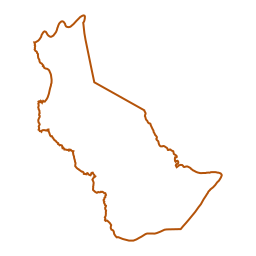 Cachoeira do Arari, Pará, Brazil
{"feature_id": "56859067B80263918367738", "entity_name": "Cachoeira do Arari", "entity_type": "district", "adm_level": 2, "iso_a3": "BRA", "parent_name": "Brazil", "parent_adm1": "Pará", "projection": "natural_earth1", "projection_center": [-48.919, -0.814], "detail": "fine", "context": "isolated", "style": "outline", "palette": "amber", "viewbox_px": 256, "rotation_deg": 0, "n_neighbors": 0, "source": "geoboundaries", "source_scale": "gbopen_adm2", "svg_char_len": 5335}
<svg xmlns="http://www.w3.org/2000/svg" viewBox="0 0 256 256"><path d="M214.3,186.0L215.1,185.2L216.6,183.1L217.2,182.3L219.0,180.6L220.0,179.0L221.0,177.3L221.3,176.4L221.7,175.6L221.6,174.6L220.6,173.4L218.6,172.7L217.9,172.7L215.9,172.2L214.7,172.1L213.8,172.1L212.9,172.1L210.8,172.2L209.7,172.7L208.6,172.6L206.7,172.7L205.7,173.0L204.7,173.0L203.9,173.0L203.0,173.0L201.5,173.1L200.7,173.1L199.7,173.0L199.0,172.8L198.0,172.6L196.3,172.0L194.8,171.2L193.9,170.7L193.1,170.4L192.2,169.6L191.3,169.1L190.7,168.3L189.9,167.7L188.2,166.8L187.1,166.4L186.2,166.5L185.3,166.7L184.4,167.0L183.6,166.8L183.0,165.8L182.1,165.0L180.3,164.9L178.6,165.6L177.9,166.3L176.7,167.2L175.8,165.5L176.1,164.6L176.8,163.9L177.6,163.8L178.2,163.1L178.3,162.2L178.0,161.3L177.5,160.8L176.4,161.0L175.7,161.8L175.1,161.1L174.9,159.9L174.9,158.5L175.1,157.4L176.1,157.4L176.8,156.9L176.6,156.0L175.8,155.2L174.7,154.5L173.9,154.0L173.6,153.0L173.5,152.1L173.2,151.2L172.1,150.8L171.1,150.2L170.4,149.5L169.6,149.5L168.8,150.0L167.8,149.9L167.4,148.6L166.8,147.8L165.9,147.3L165.1,146.7L164.0,146.1L163.2,146.0L162.1,146.4L160.6,146.3L159.8,145.7L159.2,144.7L158.7,143.4L158.5,142.1L158.2,141.2L156.7,139.8L156.3,138.9L156.8,138.1L156.9,137.1L155.8,135.5L155.0,134.8L154.6,133.5L154.1,132.8L153.6,131.9L153.5,130.8L153.2,130.1L152.7,129.4L152.4,128.6L151.9,127.7L151.4,126.5L151.0,125.8L150.7,125.0L150.6,124.2L149.7,123.3L149.0,123.3L148.3,122.8L147.8,122.1L147.5,121.3L147.1,120.6L146.4,120.0L145.9,119.2L145.3,116.9L144.9,116.1L145.1,114.9L145.6,113.8L145.4,112.7L145.0,112.0L144.5,111.1L144.3,110.3L96.3,83.4L94.3,82.3L91.3,68.0L85.5,39.7L84.4,33.3L83.4,24.1L83.2,22.8L84.0,21.6L84.4,20.4L84.8,18.5L84.9,16.5L84.5,15.7L83.7,15.4L82.8,15.6L81.9,16.0L80.0,17.2L79.2,18.1L76.6,20.7L73.5,24.1L71.6,25.7L70.7,26.5L69.9,26.9L68.9,27.1L68.1,27.1L67.0,26.9L66.1,26.4L65.6,25.6L65.2,24.7L65.1,23.9L64.6,23.2L64.0,22.3L63.2,21.6L62.3,21.3L61.3,21.5L59.9,22.7L59.1,23.7L58.2,25.7L57.9,26.8L57.4,27.9L56.8,30.2L56.0,32.1L54.6,34.0L53.9,34.8L53.5,35.5L51.4,36.7L50.7,36.8L49.7,36.5L48.4,35.6L47.5,34.6L46.5,32.8L45.8,31.8L44.5,31.4L43.8,31.8L43.2,32.4L41.6,35.0L41.1,36.9L39.5,39.3L38.2,40.7L35.3,42.4L34.3,42.4L35.0,44.3L34.7,45.2L35.2,46.0L35.0,47.0L34.8,47.8L35.0,48.7L34.6,49.5L35.2,50.5L35.7,51.1L36.4,51.4L36.9,52.0L37.1,53.1L37.8,53.7L38.0,54.6L37.9,55.4L38.1,56.7L38.2,57.8L38.8,58.9L39.3,59.7L39.4,60.8L39.6,61.6L40.1,62.6L41.0,63.2L41.8,63.6L42.5,64.6L43.3,65.4L42.9,66.2L43.9,66.9L44.2,67.8L44.9,68.2L45.9,68.6L47.1,68.8L48.1,69.4L49.1,70.3L49.7,71.7L50.1,72.6L50.7,74.0L51.0,75.1L51.1,76.0L51.6,79.6L51.6,80.7L51.5,83.0L51.0,84.4L50.9,85.7L50.5,86.9L50.2,87.9L49.8,89.5L49.4,91.3L48.9,93.7L47.6,97.5L46.4,99.6L45.5,100.6L44.8,101.6L43.9,101.6L43.1,100.9L42.6,101.7L42.2,102.5L41.8,101.6L41.0,101.0L40.8,102.2L40.0,101.9L39.2,101.2L38.5,101.6L39.0,102.6L38.3,103.5L38.7,105.2L38.6,106.2L38.2,107.3L38.6,108.5L38.7,109.5L39.2,110.2L39.5,111.0L39.4,112.0L39.7,113.1L39.2,113.9L39.1,115.1L39.7,115.8L39.7,116.9L39.1,117.9L38.3,120.0L38.3,120.8L38.6,122.6L39.2,123.2L39.7,124.4L39.3,125.3L38.7,126.3L39.2,128.1L38.9,128.9L38.6,129.7L39.3,130.1L39.8,131.1L40.8,131.2L41.4,131.7L41.7,130.8L42.4,130.3L43.3,130.1L45.0,130.2L45.8,130.5L46.7,130.5L47.4,129.7L48.5,129.5L48.6,130.3L48.4,131.3L49.0,132.0L50.2,135.6L51.0,136.3L51.8,136.1L52.3,136.8L52.6,137.7L53.3,138.2L53.7,139.1L54.6,140.3L55.3,140.5L55.9,141.1L56.6,142.1L57.4,142.7L58.1,143.1L58.1,144.1L58.9,144.4L59.6,145.3L60.3,145.0L61.8,145.4L62.2,146.1L62.2,147.0L63.0,147.4L62.7,148.3L64.2,148.6L64.4,149.5L65.2,149.5L66.3,149.7L67.1,150.0L67.8,149.9L68.8,149.6L68.9,150.6L69.7,150.5L70.7,149.8L71.3,150.4L71.8,150.9L73.4,151.2L72.9,152.7L73.2,153.5L73.3,154.7L74.0,156.5L74.1,157.8L74.4,159.0L74.7,159.7L74.9,160.8L75.1,162.0L75.5,162.9L75.5,163.7L75.3,164.8L75.2,166.1L76.3,167.5L76.9,168.1L77.8,168.9L78.6,169.2L79.3,170.0L80.1,170.4L80.7,170.9L81.8,171.7L82.6,171.7L83.3,172.2L83.7,172.8L83.8,173.9L84.6,174.0L85.4,174.0L86.1,174.3L86.6,173.5L87.3,173.1L88.0,173.5L88.3,174.4L89.1,174.7L89.8,175.1L90.5,175.3L91.0,174.4L91.3,173.2L92.1,172.7L92.8,172.7L93.2,173.7L93.7,174.4L94.3,175.0L94.5,175.8L95.3,176.3L94.7,177.0L93.7,177.3L93.3,178.4L92.8,178.9L92.4,179.7L92.9,180.6L93.6,182.4L93.6,183.7L93.4,184.8L93.4,185.6L93.1,186.4L93.2,187.6L93.0,189.2L93.1,190.0L95.3,192.0L96.9,192.8L98.2,192.0L99.1,192.3L100.4,192.2L101.0,191.7L101.8,192.0L102.5,191.8L103.6,192.5L104.3,193.2L105.3,193.2L106.0,195.0L105.3,195.9L105.3,197.2L104.5,197.7L104.2,199.3L103.6,199.9L103.7,200.9L104.3,201.5L104.0,202.8L104.7,203.8L104.9,204.9L106.0,205.7L105.8,206.8L105.2,207.4L105.2,208.9L106.1,210.7L105.8,212.0L105.9,213.6L105.7,215.8L104.8,217.4L105.3,218.3L105.2,219.2L104.9,220.0L105.6,220.9L106.9,220.5L107.9,221.2L109.8,223.0L111.2,225.1L110.9,226.1L110.7,227.9L111.4,229.6L112.9,230.3L113.7,231.4L113.9,232.6L114.3,234.2L115.8,236.4L116.9,237.4L117.9,237.1L119.1,237.5L122.8,239.0L129.0,240.6L133.4,240.6L136.5,239.4L139.1,237.9L141.4,236.7L145.5,234.1L147.2,233.5L151.1,233.5L154.7,233.6L156.7,233.1L160.3,231.7L163.7,230.1L164.6,229.7L166.9,229.4L180.7,229.1L183.1,226.2L185.8,223.2L188.7,219.8L195.2,211.9L198.6,207.1L200.9,204.2L203.6,199.3L206.2,195.4L206.8,194.3L207.6,193.3L208.1,192.2L208.6,191.4L209.9,190.1L210.4,189.4L213.2,187.2L214.3,186.0Z" fill="none" stroke="#b45309" stroke-width="2"/></svg>